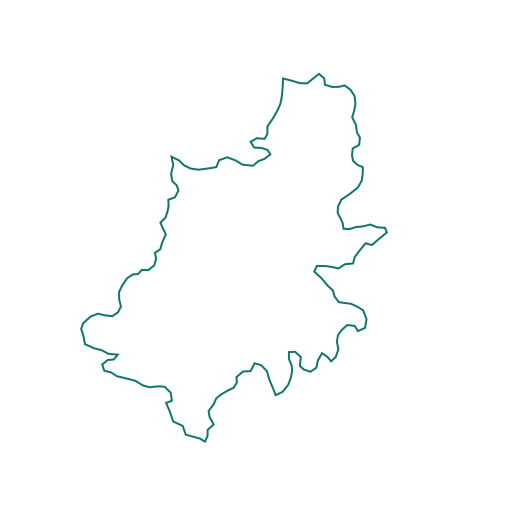 Santana do Deserto, Minas Gerais, Brazil (Mercator projection), rotated 42°
{"feature_id": "56859067B9842068555783", "entity_name": "Santana do Deserto", "entity_type": "district", "adm_level": 2, "iso_a3": "BRA", "parent_name": "Brazil", "parent_adm1": "Minas Gerais", "projection": "mercator", "projection_center": [-43.18, -21.939], "detail": "fine", "context": "isolated", "style": "outline", "palette": "teal", "viewbox_px": 512, "rotation_deg": 42, "n_neighbors": 0, "source": "geoboundaries", "source_scale": "gbopen_adm2", "svg_char_len": 2584}
<svg xmlns="http://www.w3.org/2000/svg" viewBox="0 0 512 512"><g transform="rotate(42 256 256)"><path d="M363.7,346.3L366.6,339.4L366.2,330.4L363.4,323.2L359.8,317.3L355.6,313.4L349.2,310.4L344.8,305.3L349.2,301.0L357.0,301.1L362.0,308.3L367.3,308.4L373.9,305.6L375.6,298.7L371.9,292.2L370.1,284.0L376.5,283.2L382.3,284.0L382.8,277.7L379.7,270.2L373.7,265.8L370.0,260.3L369.2,253.8L370.0,246.3L376.1,241.9L382.0,243.6L385.2,236.4L380.3,228.9L372.0,224.7L364.7,226.0L358.3,228.1L353.3,231.6L348.3,234.9L341.2,233.4L336.4,230.2L329.4,230.1L319.2,228.7L309.7,228.6L307.9,222.6L314.5,216.9L320.1,213.1L325.6,210.2L327.6,202.6L333.1,196.6L330.1,190.9L329.4,183.2L328.9,173.3L334.8,170.3L335.9,161.3L337.5,150.8L332.8,148.8L327.0,153.5L319.8,156.2L315.9,162.2L311.1,167.4L307.2,173.7L302.8,177.2L298.7,173.7L293.4,171.4L287.9,169.4L284.0,164.6L281.7,157.1L284.2,147.0L285.9,136.5L284.0,129.0L279.9,122.9L275.9,118.5L270.7,120.4L264.5,120.3L260.1,117.1L255.9,111.3L258.3,104.4L254.0,98.5L248.5,96.7L242.3,91.6L234.7,88.6L231.8,82.4L228.1,76.4L222.3,71.2L214.8,69.2L207.6,70.0L204.6,74.6L199.5,79.4L192.7,82.6L187.9,78.4L180.9,78.5L179.9,84.7L178.5,93.5L172.9,98.2L165.9,101.5L157.3,106.0L162.3,112.0L165.7,116.4L169.1,121.2L172.3,126.7L174.5,133.2L176.5,142.4L177.8,152.1L182.8,157.7L184.0,163.2L177.9,167.8L175.5,174.7L182.1,176.6L187.9,172.0L193.7,169.4L198.7,170.9L197.3,178.1L194.3,184.0L193.4,190.9L189.0,194.2L184.8,197.2L177.3,198.5L168.7,201.8L164.5,209.5L167.0,216.5L162.6,222.1L159.0,226.3L155.7,230.2L149.0,234.7L141.8,236.8L134.8,236.5L126.8,238.8L133.5,243.6L138.1,252.0L144.0,256.5L149.8,256.5L154.6,259.3L156.5,266.6L153.2,272.9L157.4,277.1L160.4,282.0L163.1,288.2L162.6,295.1L167.7,297.5L174.5,300.2L177.1,308.4L180.4,315.2L178.7,321.2L183.5,324.8L186.7,331.1L185.4,338.6L180.4,342.8L180.4,348.4L176.8,352.0L175.1,358.9L176.4,367.9L178.4,374.5L183.5,379.9L189.5,384.0L191.1,390.3L189.5,396.9L183.5,401.1L177.1,404.7L173.7,411.3L172.5,421.5L174.8,427.1L181.5,431.1L187.9,435.9L197.0,433.1L204.6,429.2L211.7,427.5L219.3,421.8L219.5,428.1L215.4,432.6L214.3,439.5L220.0,442.8L226.5,439.4L232.9,438.5L239.3,435.0L249.8,429.5L258.7,427.8L264.8,424.7L270.6,418.2L275.6,414.3L284.3,414.7L290.3,419.9L287.5,425.4L295.3,428.9L305.3,434.4L315.3,431.3L323.3,435.8L336.4,429.2L342.3,428.1L340.3,422.0L336.4,417.6L337.2,409.5L329.2,406.7L324.5,402.9L323.7,394.5L321.7,388.3L323.0,381.3L325.0,375.0L327.6,368.8L326.4,362.7L322.5,359.1L323.7,350.5L329.0,345.1L326.7,336.7L332.8,333.7L341.2,334.3L348.7,339.0L356.7,342.7L363.7,346.3Z" fill="none" stroke="#0f766e" stroke-width="2"/></g></svg>